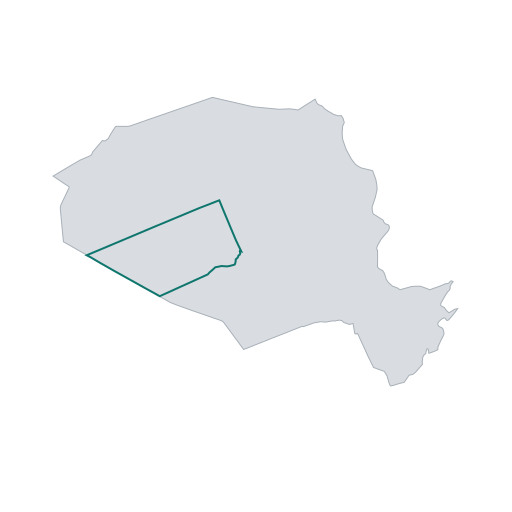 Iférouane, Agadez, Niger shown in context, rotated 248°
{"feature_id": "23599985B42361363165505", "entity_name": "Iférouane", "entity_type": "district", "adm_level": 2, "iso_a3": "NER", "parent_name": "Niger", "parent_adm1": "Agadez", "projection": "equal_earth", "projection_center": [8.793, 20.451], "detail": "fine", "context": "in_parent", "style": "outline", "palette": "teal", "viewbox_px": 512, "rotation_deg": 248, "n_neighbors": 0, "source": "geoboundaries", "source_scale": "gbopen_adm2", "svg_char_len": 3822}
<svg xmlns="http://www.w3.org/2000/svg" viewBox="0 0 512 512"><g transform="rotate(248 256 256)"><path d="M379.3,369.6L375.3,369.7L373.0,370.6L370.2,373.5L367.0,374.6L363.1,377.2L360.7,379.2L358.4,380.8L355.2,384.7L354.2,387.7L351.0,388.3L346.6,387.8L343.7,384.8L337.2,381.7L332.9,380.4L331.0,380.0L321.0,379.5L310.3,380.7L304.9,382.2L303.9,382.5L300.8,384.4L298.3,386.5L291.4,396.1L282.2,395.8L276.9,394.7L272.3,393.2L265.8,388.7L257.8,381.9L254.8,380.9L252.0,380.4L251.1,380.5L241.6,387.3L239.7,387.2L237.5,387.9L236.0,389.6L234.9,390.5L233.8,390.6L232.3,390.3L230.8,389.2L229.4,387.3L225.5,379.7L224.7,378.4L223.0,376.1L220.2,372.6L218.3,371.0L217.1,370.5L215.7,370.8L208.1,367.8L200.5,364.6L198.8,365.0L197.6,365.7L195.0,368.0L191.9,368.5L187.9,368.3L185.8,368.0L182.3,368.7L180.0,369.7L176.9,371.3L172.9,375.6L171.8,376.2L170.8,376.9L169.4,388.8L168.3,392.4L166.3,397.2L162.3,401.7L159.6,404.5L159.5,408.2L159.2,414.2L159.2,418.4L159.3,421.1L158.9,422.4L158.7,423.6L158.8,425.3L159.5,426.2L159.8,427.3L159.6,428.2L158.3,429.2L156.9,426.5L155.1,424.6L153.1,423.8L151.8,422.4L151.1,420.5L148.5,416.7L142.6,409.3L142.0,409.1L141.0,408.8L139.3,409.7L138.2,410.9L137.5,411.4L136.4,411.5L133.5,412.4L131.2,413.6L131.2,414.6L132.2,420.2L131.7,423.3L130.7,421.8L127.4,416.2L125.2,411.9L124.8,411.0L124.5,409.6L124.7,408.9L125.6,408.5L127.7,407.9L128.1,407.5L128.2,406.4L127.9,404.2L126.8,401.3L125.6,399.4L124.9,399.0L123.7,398.9L122.3,399.2L119.7,401.5L118.6,402.0L116.0,401.8L113.7,401.3L112.2,400.1L108.1,395.4L103.4,390.5L101.5,389.8L101.0,389.3L100.8,385.4L100.9,380.9L101.2,379.7L103.1,380.4L105.2,380.7L105.9,379.9L104.2,378.3L101.8,376.6L101.0,374.1L100.3,373.3L99.3,372.4L98.0,371.9L96.8,371.2L96.0,370.5L94.6,370.2L93.1,369.6L91.1,365.6L89.1,361.7L87.9,358.6L87.5,356.7L88.1,353.6L87.5,352.3L85.3,349.1L83.4,346.1L84.0,341.5L84.4,337.7L84.5,335.2L84.8,333.9L85.0,332.3L86.3,331.8L89.5,331.9L95.8,332.6L100.8,331.8L101.1,331.6L104.7,327.5L108.7,323.2L114.6,322.8L121.0,322.3L126.0,322.1L133.3,321.8L139.2,321.5L146.1,321.2L146.3,319.2L146.7,318.7L147.4,318.6L152.4,319.7L157.1,320.7L157.5,317.0L161.7,312.3L164.0,311.4L164.6,310.5L165.4,309.0L165.9,306.5L166.1,304.8L167.0,303.4L167.6,300.7L168.5,296.1L170.9,291.2L172.3,284.6L172.5,278.3L172.8,273.4L173.5,272.4L173.6,263.8L173.6,255.2L173.7,247.9L173.8,238.9L173.8,230.9L173.9,222.3L173.9,214.6L174.0,209.5L178.7,208.3L183.6,207.1L190.8,205.2L198.6,203.2L207.1,201.0L209.0,199.7L215.4,192.3L218.3,189.0L224.1,182.4L228.5,177.3L234.2,170.9L240.1,164.3L244.9,159.2L252.3,153.3L263.5,144.4L274.7,135.6L285.8,126.8L297.0,117.9L308.1,109.1L319.2,100.3L330.3,91.5L341.3,82.8L352.5,86.1L363.2,89.3L373.9,92.5L376.4,94.2L382.2,100.5L389.5,108.5L389.9,108.6L390.2,108.6L397.1,103.9L406.1,97.8L408.7,114.4L410.8,128.8L411.0,137.9L411.1,140.3L411.9,141.9L413.6,143.5L420.6,156.8L419.2,159.1L420.3,163.2L422.0,165.0L427.8,172.9L428.6,174.5L428.3,175.7L424.5,185.0L423.8,187.3L423.2,199.3L422.8,207.7L422.2,219.2L421.5,233.1L420.9,244.8L420.1,260.3L419.4,275.0L413.7,283.1L403.7,297.4L395.5,309.1L391.4,316.9L383.4,332.3L379.9,342.2L377.1,347.4L375.6,349.6L377.0,356.9L379.3,369.6Z" fill="#d9dde1" stroke="#a8b0b8" stroke-width="1"/><path d="M265.8,244.1L273.0,243.6L278.3,243.3L290.5,243.1L300.9,243.0L307.2,242.9L321.4,242.8L321.7,221.6L321.6,212.4L321.2,174.6L320.1,99.3L316.5,102.4L308.9,108.2L296.6,117.9L282.2,129.5L268.3,140.7L254.8,151.7L257.0,204.4L258.2,206.8L259.1,209.5L259.7,211.2L260.8,214.1L260.5,215.6L260.1,217.5L259.7,220.1L259.2,221.1L258.4,222.7L257.7,224.4L257.2,225.2L256.9,226.7L256.6,227.9L256.3,230.6L256.1,232.0L256.1,233.1L257.3,234.2L259.0,235.3L260.4,235.9L260.7,236.4L260.8,237.0L261.4,238.4L261.9,239.1L262.7,239.6L263.1,240.2L263.3,241.4L264.3,242.4L266.3,242.7L266.7,243.0L265.8,244.1Z" fill="none" stroke="#0f766e" stroke-width="2"/></g></svg>